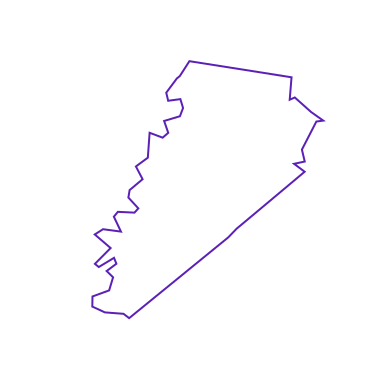 the district of Woodford, Kentucky, United States of America, rotated 36°
{"feature_id": "52423323B53246726964518", "entity_name": "Woodford", "entity_type": "district", "adm_level": 2, "iso_a3": "USA", "parent_name": "United States of America", "parent_adm1": "Kentucky", "projection": "equal_earth", "projection_center": [-84.767, 38.022], "detail": "fine", "context": "isolated", "style": "outline", "palette": "violet", "viewbox_px": 384, "rotation_deg": 36, "n_neighbors": 0, "source": "geoboundaries", "source_scale": "gbopen_adm2", "svg_char_len": 780}
<svg xmlns="http://www.w3.org/2000/svg" viewBox="0 0 384 384"><g transform="rotate(36 192 192)"><path d="M205.1,40.7L113.0,87.7L114.0,105.4L113.0,109.0L112.8,126.8L119.1,132.2L128.0,123.7L135.4,129.3L137.7,137.8L127.7,150.9L138.0,158.1L136.3,165.3L122.9,169.0L136.1,190.2L131.6,204.3L144.5,210.7L140.4,227.1L143.8,233.9L158.2,236.8L157.6,242.5L143.7,251.6L143.3,257.9L157.8,265.8L141.9,274.4L138.3,283.5L159.1,285.2L155.7,307.2L160.7,307.5L167.6,291.1L173.0,294.5L169.4,306.1L178.3,307.4L182.8,320.3L172.9,335.0L178.7,343.3L192.3,340.6L208.2,330.8L215.3,331.0L248.0,207.4L249.7,195.3L255.3,173.1L268.6,119.9L271.2,109.4L258.0,109.2L265.3,101.1L256.0,93.1L251.2,61.9L256.2,57.1L241.4,57.3L219.6,55.1L216.8,59.9L205.1,40.7Z" fill="none" stroke="#5b21b6" stroke-width="2"/></g></svg>